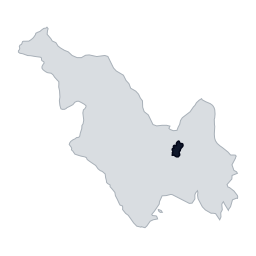 Yangdok, P'yŏngan-namdo, North Korea (highlighted), rotated 271°
{"feature_id": "82179303B23606982482595", "entity_name": "Yangdok", "entity_type": "district", "adm_level": 2, "iso_a3": "PRK", "parent_name": "North Korea", "parent_adm1": "P'yŏngan-namdo", "projection": "orthographic", "projection_center": [126.837, 39.187], "detail": "fine", "context": "in_parent", "style": "filled", "palette": "ink", "viewbox_px": 256, "rotation_deg": 271, "n_neighbors": 0, "source": "geoboundaries", "source_scale": "gbopen_adm2", "svg_char_len": 4287}
<svg xmlns="http://www.w3.org/2000/svg" viewBox="0 0 256 256"><g transform="rotate(271 128 128)"><path d="M158.6,201.1L157.5,201.7L155.6,205.3L153.8,209.8L152.1,212.2L150.0,213.6L147.8,214.4L143.5,214.8L139.5,214.5L138.2,214.1L132.8,214.4L131.2,214.7L123.4,214.4L119.3,214.8L116.7,215.7L114.1,217.5L111.8,220.2L109.8,223.1L105.7,228.4L102.8,231.0L102.8,234.7L102.7,235.9L101.7,236.7L101.3,236.3L99.7,236.0L93.0,232.6L87.5,234.6L86.1,237.3L84.6,238.2L82.4,232.9L78.8,232.7L73.2,228.0L70.8,228.9L70.1,230.7L66.9,235.0L62.5,238.5L61.1,238.9L59.5,238.7L59.7,237.7L58.0,233.7L51.1,231.9L48.7,230.2L47.4,229.8L54.3,225.5L56.0,224.7L54.7,223.7L53.3,223.1L47.8,223.7L44.9,222.2L40.7,222.5L37.8,221.3L43.9,217.1L44.3,214.5L44.2,212.6L47.4,206.8L50.5,203.7L58.5,199.3L62.0,198.7L64.5,199.0L66.5,198.6L64.4,196.8L62.3,196.0L58.2,196.1L54.0,193.4L53.7,190.6L62.2,173.3L62.3,171.7L61.1,167.5L60.8,163.3L55.0,160.8L52.4,160.5L45.1,155.7L42.1,153.3L40.9,153.9L40.6,157.7L39.6,158.5L37.6,159.2L36.7,154.9L35.2,151.8L30.3,148.5L28.6,146.7L29.6,143.0L29.1,142.7L30.0,138.5L33.2,135.3L40.7,129.8L42.6,127.1L46.4,124.0L48.1,124.1L49.9,123.9L50.4,122.5L50.8,121.4L52.4,120.5L56.0,118.8L60.1,116.6L63.4,116.0L67.4,112.6L69.0,111.1L70.7,111.1L71.1,110.4L72.1,108.6L73.3,107.5L75.1,107.3L78.0,106.5L81.6,106.0L84.1,103.1L84.9,101.0L86.6,98.8L90.0,96.3L92.4,92.6L95.0,88.7L96.3,87.4L97.5,87.1L98.3,85.6L99.1,81.4L100.3,77.3L101.0,75.3L104.0,73.2L104.8,72.2L105.5,71.8L106.9,72.1L108.7,70.9L110.5,69.5L112.1,70.0L113.7,71.1L115.4,73.4L116.2,75.2L117.5,76.7L117.8,78.9L119.1,79.9L122.0,80.4L126.7,81.8L129.7,81.9L131.4,83.0L135.1,83.6L142.3,82.6L145.3,83.1L146.5,84.5L148.4,85.6L149.6,85.6L151.1,83.7L152.8,80.6L153.9,78.2L153.8,76.4L152.8,74.4L150.4,72.5L148.8,69.7L147.3,66.7L146.4,65.8L145.6,64.3L145.5,62.1L146.0,60.6L149.5,59.5L154.1,58.9L157.8,59.4L164.0,58.9L167.8,58.0L170.6,58.1L173.2,58.0L174.3,56.7L177.8,53.5L179.6,52.4L181.4,50.3L181.7,48.1L182.0,46.3L183.0,44.4L184.8,42.0L186.4,40.9L188.2,41.0L190.1,42.0L191.4,43.0L192.7,42.7L193.8,40.8L194.5,40.4L196.6,40.2L197.3,39.1L197.9,33.7L198.6,29.4L198.7,26.4L200.4,21.5L200.9,18.5L202.0,17.1L203.3,17.1L204.4,18.0L205.8,18.4L207.7,17.9L209.0,18.6L209.8,20.1L212.6,21.1L212.9,21.9L213.1,27.3L214.7,29.7L216.7,31.9L219.6,33.8L221.1,34.2L222.0,35.7L223.0,38.2L225.0,40.5L226.2,42.3L226.4,44.2L227.4,45.2L225.9,46.4L223.8,45.8L220.3,45.5L216.0,49.3L213.7,50.7L212.1,54.4L208.7,56.6L206.9,59.0L204.6,63.0L203.1,66.9L199.5,70.9L197.5,75.8L197.5,80.1L200.0,84.3L200.4,87.9L198.9,95.5L200.1,103.5L199.2,106.6L187.7,112.5L184.8,115.3L180.7,122.5L175.5,125.2L172.3,128.2L167.8,130.0L165.0,135.1L161.9,138.0L158.2,139.8L155.4,142.0L149.0,142.3L144.6,143.9L141.4,148.1L131.9,152.9L130.6,156.6L131.3,162.1L131.4,166.4L130.6,169.9L128.4,168.9L127.3,170.1L126.1,173.3L126.5,177.0L129.8,178.2L132.5,179.6L136.4,180.4L139.2,182.1L145.3,189.8L150.3,193.1L151.6,194.4L154.5,196.0L157.1,198.7L158.6,201.1ZM46.1,162.6L44.3,163.8L44.2,161.7L45.7,159.9L47.1,159.7L46.1,162.6Z" fill="#d9dde1" stroke="#a8b0b8" stroke-width="1"/><path d="M114.5,177.2L113.8,176.8L113.5,176.7L113.0,176.7L112.8,176.7L112.1,176.9L111.9,176.9L111.6,176.9L111.4,176.8L111.2,176.6L111.1,176.3L111.4,175.5L111.5,175.2L111.4,174.7L111.3,174.3L111.1,174.1L110.9,173.9L110.3,173.7L109.8,173.8L109.5,173.9L109.2,174.4L109.0,174.5L108.8,174.5L108.7,174.3L108.5,173.6L108.4,173.2L108.2,173.0L108.0,172.8L107.8,172.7L107.6,172.6L107.1,172.6L106.6,172.7L105.9,173.1L105.6,173.2L105.2,173.3L104.9,173.3L104.7,173.2L104.2,172.8L103.9,172.8L103.5,172.9L103.0,172.9L102.5,172.8L101.6,172.7L101.5,173.1L101.5,173.5L101.7,174.0L101.6,174.5L101.4,174.9L100.8,175.6L100.4,176.2L100.1,177.0L100.0,177.5L100.1,178.2L100.1,178.6L100.3,178.6L100.5,178.8L100.9,179.5L101.1,179.7L101.6,180.0L101.8,180.1L102.7,180.1L103.3,179.9L103.7,179.7L104.4,179.6L104.9,179.6L105.7,180.0L106.0,180.4L106.3,180.6L106.5,180.6L107.3,180.7L107.5,180.8L108.5,181.3L109.3,181.9L110.1,182.7L110.8,183.1L111.0,183.2L111.5,183.3L112.7,183.1L112.9,183.0L113.1,182.8L113.3,182.4L113.4,181.8L113.3,181.3L113.3,181.0L113.4,180.8L113.5,180.6L113.9,180.2L114.2,180.0L115.5,179.4L115.7,179.2L115.8,179.0L115.8,178.7L115.7,178.5L115.6,178.3L115.3,177.9L115.1,177.7L114.7,177.3L114.5,177.2Z" fill="#0f172a" stroke="#020617" stroke-width="1.5"/></g></svg>